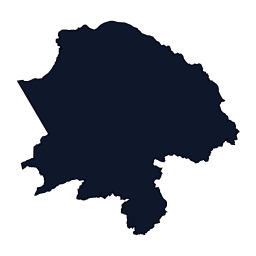 Mackenzie District, Canterbury, New Zealand (Albers equal-area conic projection), rotated 91°
{"feature_id": "76426892B16622223508882", "entity_name": "Mackenzie District", "entity_type": "district", "adm_level": 2, "iso_a3": "NZL", "parent_name": "New Zealand", "parent_adm1": "Canterbury", "projection": "albers", "projection_center": [170.575, -43.938], "detail": "fine", "context": "isolated", "style": "filled", "palette": "ink", "viewbox_px": 256, "rotation_deg": 91, "n_neighbors": 0, "source": "geoboundaries", "source_scale": "gbopen_adm2", "svg_char_len": 5832}
<svg xmlns="http://www.w3.org/2000/svg" viewBox="0 0 256 256"><g transform="rotate(91 128 128)"><path d="M45.1,96.7L41.9,98.8L40.9,101.4L38.8,103.1L37.7,104.5L37.0,104.6L35.7,108.6L35.8,110.1L33.5,116.2L31.2,118.1L30.0,119.9L28.8,120.6L28.2,121.9L27.7,124.1L25.5,127.3L23.3,133.0L23.0,139.8L21.8,145.0L21.9,147.6L23.8,153.5L25.8,156.9L29.3,160.4L30.8,162.9L30.6,164.7L29.2,168.5L26.2,171.8L26.0,172.8L26.4,174.0L28.9,176.5L29.5,178.2L29.1,179.2L30.3,179.8L31.5,181.8L31.6,183.6L31.3,184.2L31.6,185.0L31.4,186.0L31.8,188.5L31.4,191.7L31.5,195.3L33.4,198.1L34.2,198.7L36.4,199.0L39.0,197.8L40.2,198.4L40.7,201.0L42.6,201.1L43.5,200.9L44.0,199.6L45.8,198.9L46.2,199.4L46.6,199.1L46.5,198.2L47.7,196.4L49.3,196.8L50.1,195.9L50.4,196.6L49.8,197.6L50.2,198.0L51.1,197.5L52.7,198.0L54.3,197.5L56.7,198.7L58.0,198.8L58.9,199.9L62.9,200.6L63.9,201.6L65.9,201.9L67.1,203.1L70.3,204.7L74.8,208.2L78.7,213.4L80.7,214.7L80.7,216.6L81.1,218.9L80.5,221.4L81.2,223.8L81.7,224.3L83.6,228.8L83.5,232.7L82.4,234.0L83.2,238.8L135.9,206.6L136.0,207.6L137.3,209.0L138.2,210.9L138.6,213.2L141.4,214.9L145.4,214.4L145.5,215.8L146.6,217.4L146.7,219.1L147.4,219.6L148.8,221.4L160.4,221.5L160.6,223.9L161.3,224.7L162.7,228.6L163.6,229.4L164.4,232.2L165.5,233.7L170.4,232.5L169.0,230.4L167.3,228.8L167.1,228.0L167.3,227.3L167.0,227.1L168.2,225.4L167.9,225.0L168.1,223.9L167.9,223.8L168.2,223.5L167.8,223.2L167.6,222.5L168.1,222.3L167.8,221.6L168.4,221.0L168.1,220.4L168.4,220.0L168.1,219.6L168.5,218.9L169.5,217.7L169.9,217.7L170.1,217.0L171.5,216.5L171.8,215.2L173.8,215.5L175.1,215.0L175.2,214.2L176.2,214.0L175.9,213.3L176.2,212.2L179.2,210.5L181.2,210.5L182.6,209.8L183.5,210.3L186.8,210.7L187.0,211.6L188.5,212.9L189.4,215.6L189.4,217.0L190.2,217.4L191.9,217.3L194.4,218.8L196.6,219.6L196.6,219.0L194.6,215.2L193.6,210.2L191.8,207.5L192.2,207.5L192.3,206.8L192.0,206.7L192.2,206.3L191.8,205.8L192.2,205.3L191.2,204.1L190.0,203.7L189.3,201.1L188.2,199.7L187.4,199.4L186.3,197.1L185.0,195.9L184.5,192.4L183.3,189.8L182.0,188.7L182.0,186.3L181.5,185.1L180.6,184.4L179.8,179.7L179.2,178.1L181.0,175.2L180.3,173.1L180.7,170.0L181.5,169.8L181.9,170.3L182.8,170.5L183.3,171.0L183.3,171.6L183.9,171.9L184.0,172.3L184.5,171.8L185.2,172.5L186.3,172.4L186.4,173.6L186.9,173.8L187.1,174.7L188.0,175.0L189.2,174.8L190.2,175.7L190.3,176.6L194.7,176.1L197.2,177.5L199.2,177.7L199.6,176.9L199.9,175.7L199.5,174.1L200.5,171.8L200.2,169.5L199.4,168.5L199.5,167.7L198.6,166.7L197.7,164.1L197.8,162.5L197.3,161.1L197.6,160.4L197.2,160.0L197.4,159.3L196.7,158.5L197.6,157.2L197.3,155.3L196.9,154.9L196.1,155.2L195.4,154.6L196.0,153.7L196.8,153.6L197.1,152.4L198.6,150.0L195.2,147.0L194.7,145.9L195.8,145.1L195.6,144.8L194.4,143.8L193.9,144.1L191.9,142.7L193.2,142.0L193.5,141.1L195.1,140.3L196.1,138.8L195.5,138.6L195.3,137.1L195.8,135.5L195.8,133.9L199.2,133.6L198.8,132.0L199.5,130.2L198.1,128.7L198.2,125.1L199.2,124.4L202.7,128.7L202.2,129.5L205.2,132.5L207.6,131.9L209.5,133.0L210.5,132.7L212.1,133.0L213.0,132.5L212.9,131.0L213.6,130.4L214.2,128.0L215.2,127.0L218.3,127.0L219.2,126.5L223.2,127.1L224.5,126.4L225.5,126.6L227.1,126.1L227.9,125.0L226.9,124.3L227.1,123.4L226.5,122.5L227.6,121.7L226.3,120.9L226.3,119.2L229.7,118.9L230.4,118.5L231.1,118.9L232.0,120.5L232.7,120.5L233.4,120.1L233.3,119.7L233.7,119.3L233.5,118.2L233.9,118.3L234.2,117.9L233.4,115.8L233.6,114.8L232.5,113.7L233.3,112.9L233.1,111.7L233.7,111.0L233.9,109.8L233.2,110.1L232.4,109.2L232.1,108.1L230.2,106.5L229.6,105.2L228.4,104.8L227.3,101.9L226.0,100.6L223.8,101.0L222.2,98.3L222.5,97.5L221.6,95.1L220.8,95.5L218.2,95.5L217.1,94.0L215.9,93.8L215.5,93.0L214.5,92.3L214.2,90.3L213.8,89.8L211.1,89.2L211.0,88.6L210.3,89.6L208.2,90.6L205.9,88.8L204.6,88.4L201.8,88.4L200.4,89.1L198.3,91.7L196.7,92.8L192.9,94.5L191.8,95.6L190.0,95.5L187.2,96.9L187.6,98.1L188.1,98.1L187.7,100.1L185.7,100.4L184.1,99.8L182.8,101.6L181.0,101.6L179.6,100.9L178.0,99.1L178.3,98.2L178.0,97.7L178.0,97.0L178.5,96.2L176.4,94.8L173.6,94.1L172.9,93.5L172.0,94.1L171.4,95.6L167.9,93.9L168.0,94.5L167.4,96.9L165.8,99.2L165.7,101.6L164.7,102.6L162.7,102.7L160.9,102.0L159.6,102.3L158.8,101.7L157.5,100.2L158.4,99.1L158.8,97.1L159.6,96.3L160.3,94.7L160.9,91.6L160.0,90.8L158.8,91.6L158.2,91.1L156.6,91.8L155.4,91.1L154.4,88.7L153.1,86.9L154.0,85.8L154.3,84.9L154.0,84.3L154.3,83.5L153.5,82.9L152.7,81.5L153.0,80.6L155.0,77.8L154.2,75.4L156.6,72.5L155.5,71.2L156.8,69.7L157.1,68.8L156.4,67.8L156.9,66.3L159.1,64.2L160.2,61.1L161.5,59.7L160.8,57.2L159.4,55.9L158.7,54.5L158.5,53.2L158.0,52.6L158.0,51.7L159.8,49.7L159.4,47.8L157.0,47.2L155.0,47.5L154.1,47.0L154.0,46.3L153.2,45.8L152.2,46.0L151.2,45.1L150.4,45.7L149.6,45.5L148.1,43.4L147.1,43.2L146.0,42.1L146.3,41.4L145.9,40.7L145.9,39.3L145.3,38.3L144.0,37.5L144.2,36.5L143.9,35.5L144.4,34.4L144.2,33.8L141.0,33.1L139.8,31.6L138.5,31.0L138.4,29.5L137.4,28.7L139.9,28.4L140.6,25.7L142.2,24.3L142.4,21.7L141.9,22.0L140.6,21.5L138.7,22.3L137.1,21.4L137.1,20.6L137.6,19.9L137.1,19.0L133.5,20.2L132.9,19.7L131.9,19.7L131.5,19.0L130.2,18.2L129.9,17.3L129.5,17.2L128.2,19.0L127.6,19.1L127.5,20.2L126.6,21.1L124.3,20.7L121.1,22.0L120.4,24.0L118.8,26.0L118.6,28.0L114.8,28.9L113.7,30.7L112.4,31.4L111.3,33.6L108.9,35.7L104.7,37.0L104.1,37.6L103.0,37.4L101.5,36.2L99.7,35.7L99.6,34.5L98.9,33.0L99.3,32.7L98.8,32.3L97.8,34.3L94.3,36.5L89.5,38.8L87.9,38.5L85.1,39.1L83.6,40.2L82.4,41.4L82.0,42.8L81.4,42.8L81.3,43.4L79.7,44.9L79.7,46.6L79.0,47.4L77.7,48.0L76.7,49.1L74.6,48.8L74.1,49.4L73.3,49.5L72.8,50.0L72.9,51.3L71.2,51.7L70.2,55.0L67.7,54.6L63.8,56.3L62.9,57.6L63.0,58.7L63.8,59.8L63.1,62.6L64.0,63.6L64.4,65.4L64.1,66.8L63.3,67.6L63.5,68.9L62.9,69.9L60.2,72.4L58.0,73.9L55.4,74.6L53.4,76.4L53.7,77.8L52.6,79.6L53.4,81.0L53.7,83.2L51.2,85.1L50.1,86.9L49.0,86.9L45.9,88.2L45.6,89.3L46.8,90.9L44.7,93.7L45.5,95.4L45.1,96.7Z" fill="#0f172a" stroke="#020617" stroke-width="1.5"/></g></svg>